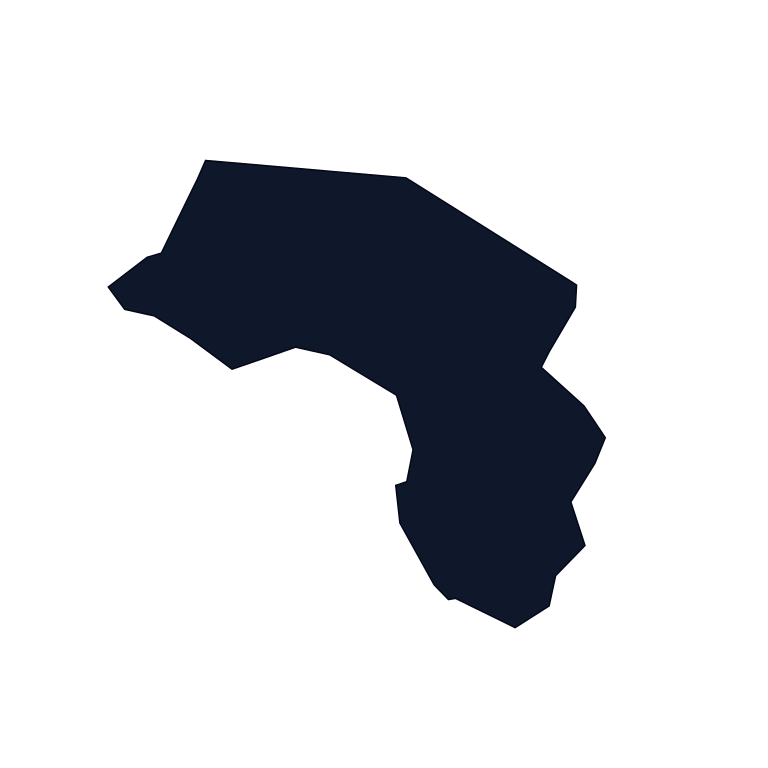 the district of Bristol, Rhode Island, United States of America, rotated 337°
{"feature_id": "52423323B87258541323822", "entity_name": "Bristol", "entity_type": "district", "adm_level": 2, "iso_a3": "USA", "parent_name": "United States of America", "parent_adm1": "Rhode Island", "projection": "natural_earth1", "projection_center": [-71.293, 41.707], "detail": "fine", "context": "isolated", "style": "filled", "palette": "ink", "viewbox_px": 768, "rotation_deg": 337, "n_neighbors": 0, "source": "geoboundaries", "source_scale": "gbopen_adm2", "svg_char_len": 747}
<svg xmlns="http://www.w3.org/2000/svg" viewBox="0 0 768 768"><g transform="rotate(337 384 384)"><path d="M168.1,187.0L174.5,214.0L189.6,224.8L199.1,231.5L223.8,266.6L249.9,311.0L290.4,313.8L316.9,315.5L345.4,335.9L378.1,381.2L391.1,399.2L385.1,455.8L366.8,482.8L355.2,481.9L344.3,518.2L351.7,588.5L359.1,607.6L366.1,609.3L379.2,624.5L394.4,642.0L409.5,659.5L449.3,652.8L458.2,640.1L467.1,627.5L505.9,611.2L509.9,565.6L547.2,539.4L566.7,519.9L563.2,501.3L559.5,482.3L535.3,430.1L543.1,423.5L549.0,418.6L590.2,388.0L599.9,368.2L597.0,363.8L595.3,361.4L484.8,202.9L412.5,164.5L312.0,111.1L307.5,108.8L307.1,108.5L292.2,122.6L285.8,128.1L260.8,149.8L230.2,176.5L215.5,174.8L168.1,187.0Z" fill="#0f172a" stroke="#020617" stroke-width="1.5"/></g></svg>